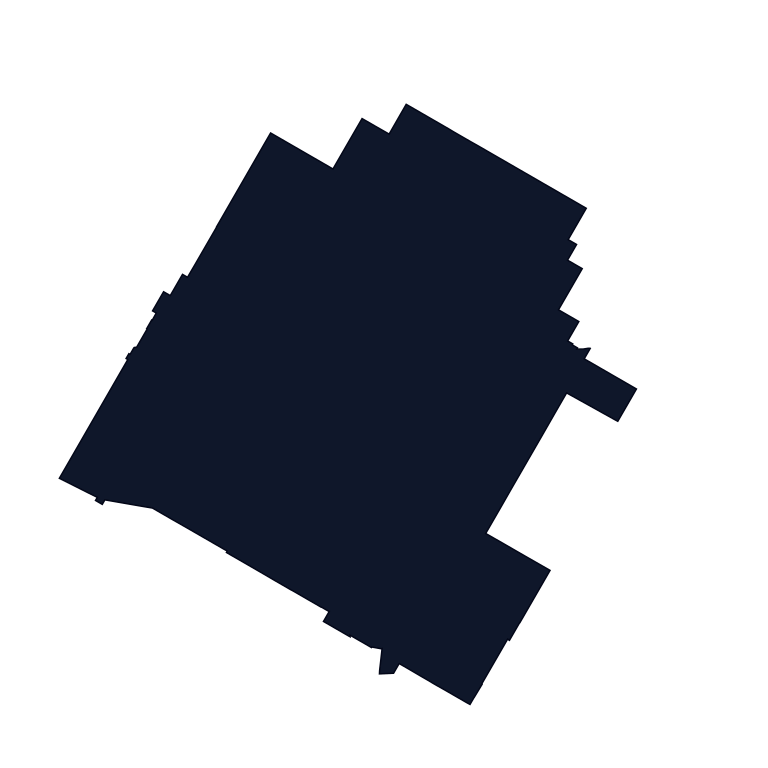 Mingenew, Western Australia, Australia, rotated 30°
{"feature_id": "25037944B46578815208654", "entity_name": "Mingenew", "entity_type": "district", "adm_level": 2, "iso_a3": "AUS", "parent_name": "Australia", "parent_adm1": "Western Australia", "projection": "robinson", "projection_center": [115.511, -29.145], "detail": "fine", "context": "isolated", "style": "filled", "palette": "ink", "viewbox_px": 768, "rotation_deg": 30, "n_neighbors": 0, "source": "geoboundaries", "source_scale": "gbopen_adm2", "svg_char_len": 2378}
<svg xmlns="http://www.w3.org/2000/svg" viewBox="0 0 768 768"><g transform="rotate(30 384 384)"><path d="M160.3,234.6L160.4,318.8L160.4,323.1L160.4,331.8L160.5,332.1L160.6,332.4L160.6,374.4L160.5,389.8L154.7,389.8L154.7,409.8L154.7,413.9L154.7,414.3L147.0,414.3L147.0,436.4L151.3,436.4L151.4,444.7L150.8,444.7L150.8,454.8L151.6,454.8L151.6,455.5L151.6,455.8L151.5,456.0L151.4,456.2L151.4,462.9L151.4,463.1L151.4,466.0L151.4,475.7L151.4,475.8L149.5,477.2L149.3,477.9L149.3,481.2L149.3,485.3L147.9,485.3L147.9,490.9L149.9,490.9L149.9,501.0L150.0,605.6L150.0,628.0L168.8,626.9L183.0,626.1L192.4,625.5L192.4,629.1L200.2,629.1L200.2,623.9L213.8,618.9L222.8,615.6L236.4,610.6L245.5,607.2L259.3,607.2L268.5,607.2L286.9,607.1L305.4,607.1L319.2,607.1L328.4,607.1L331.8,607.0L331.8,608.7L370.6,608.7L370.8,608.7L371.1,608.7L389.2,608.8L406.4,608.8L407.5,608.7L408.0,608.7L426.9,608.7L441.2,608.7L441.4,608.6L441.5,608.5L450.1,608.5L450.3,608.4L450.3,619.9L465.9,619.9L481.0,619.9L480.0,618.5L480.4,618.5L504.9,618.5L504.9,617.9L513.9,614.7L514.6,614.0L518.9,623.8L523.5,634.4L525.0,637.3L536.9,629.7L536.9,626.8L536.9,618.7L537.1,618.5L542.3,618.5L548.4,618.5L562.6,618.6L564.7,618.6L570.1,618.6L576.8,618.7L581.3,618.7L589.5,618.6L594.2,618.6L601.1,618.6L614.7,618.6L618.7,618.5L618.7,610.1L618.8,610.1L619.1,594.8L618.6,594.3L618.6,554.4L618.6,553.8L618.6,543.1L620.6,543.1L620.6,543.3L620.8,543.3L620.8,542.9L620.8,522.6L621.0,522.6L621.0,507.8L621.0,507.7L621.0,462.4L591.7,462.5L568.5,462.5L546.8,462.6L546.8,458.4L546.8,440.2L546.8,433.1L546.7,412.3L546.7,372.6L546.7,354.7L546.7,350.7L546.6,324.0L546.6,300.4L552.2,300.3L601.8,299.5L602.0,299.5L605.1,299.4L605.1,275.8L605.1,262.1L578.9,262.1L574.5,262.1L544.8,262.1L544.8,250.0L544.6,250.0L542.8,251.1L539.1,254.1L534.1,257.0L533.5,257.4L533.5,256.0L527.4,256.0L527.4,254.9L521.5,254.9L521.5,232.5L508.3,232.5L498.0,232.5L498.0,185.0L489.5,185.0L481.0,185.0L481.0,166.9L471.3,166.9L471.3,130.7L464.7,130.7L441.9,130.7L420.3,130.7L398.3,130.7L388.5,130.7L365.1,130.7L363.1,130.7L359.2,130.7L355.3,130.7L346.3,130.7L337.6,130.8L329.0,130.8L328.5,130.8L317.7,130.8L313.1,130.7L288.3,130.7L280.0,130.7L263.4,130.7L263.5,165.0L247.0,165.1L232.3,165.1L232.3,196.5L232.3,223.3L231.3,223.3L220.3,223.3L207.4,223.3L198.1,223.3L184.2,223.3L170.2,223.3L160.3,223.3L160.3,234.6Z" fill="#0f172a" stroke="#020617" stroke-width="1.5"/></g></svg>